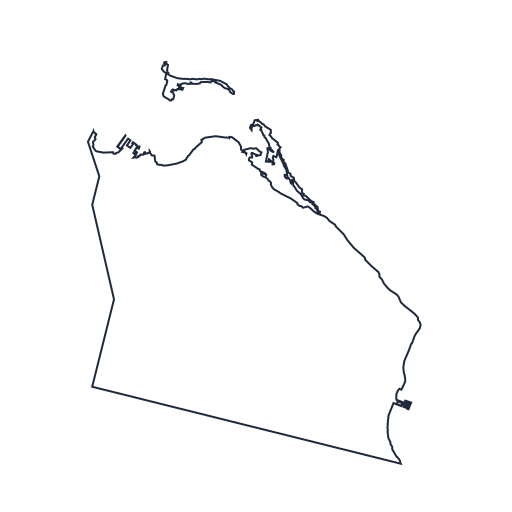 79, Madinat ach Shamal, Qatar (Mercator projection), rotated 14°
{"feature_id": "91078587B50341524344212", "entity_name": "79", "entity_type": "district", "adm_level": 2, "iso_a3": "QAT", "parent_name": "Qatar", "parent_adm1": "Madinat ach Shamal", "projection": "mercator", "projection_center": [51.268, 26.112], "detail": "fine", "context": "isolated", "style": "outline", "palette": "slate", "viewbox_px": 512, "rotation_deg": 14, "n_neighbors": 0, "source": "geoboundaries", "source_scale": "gbopen_adm2", "svg_char_len": 6091}
<svg xmlns="http://www.w3.org/2000/svg" viewBox="0 0 512 512"><g transform="rotate(14 256 256)"><path d="M446.7,422.5L445.8,421.3L445.4,420.1L443.9,418.5L441.3,416.7L441.0,416.8L435.0,410.7L434.4,408.3L432.0,405.9L431.4,404.1L428.4,400.5L426.1,394.4L426.1,393.2L424.9,390.2L424.9,388.4L424.3,387.2L424.3,385.4L423.7,383.6L423.7,381.2L423.1,379.4L425.0,365.4L433.1,366.5L433.2,365.9L432.8,365.8L432.6,366.1L428.1,365.5L428.7,363.2L429.2,362.8L433.4,363.4L433.5,364.1L435.2,364.4L435.4,366.6L437.2,366.8L437.1,364.8L438.2,364.9L438.1,366.9L439.4,367.0L439.3,364.5L440.6,364.7L439.9,367.7L441.0,367.8L441.7,362.1L442.0,361.7L442.0,360.7L435.8,360.2L435.7,360.5L440.9,361.4L440.7,363.2L426.9,361.5L425.6,356.0L426.2,352.4L427.2,350.2L429.4,350.5L431.1,342.3L430.7,339.6L429.0,335.6L427.7,333.5L425.9,328.6L425.3,321.9L427.2,310.5L427.8,303.8L428.5,302.9L429.2,295.7L429.9,292.9L432.5,286.3L432.3,282.7L430.8,280.6L428.5,278.7L428.2,276.9L427.8,276.4L423.7,273.6L412.3,268.5L407.8,265.9L404.0,260.9L401.6,259.2L394.6,256.9L391.4,255.1L387.0,251.9L383.7,248.2L380.7,246.2L380.4,244.3L378.7,242.0L370.6,237.9L362.8,233.2L362.5,232.0L361.4,230.9L348.9,224.4L340.7,218.4L335.8,213.7L326.4,208.1L325.3,206.6L318.7,204.2L315.6,201.8L312.1,200.7L305.5,200.2L301.9,199.0L296.7,196.2L294.1,195.4L289.9,197.8L288.0,196.7L286.2,196.9L283.7,195.8L283.3,194.6L276.0,191.8L264.8,189.3L262.7,188.4L256.9,186.8L256.4,186.1L254.9,185.3L253.0,183.0L253.0,181.5L251.1,180.0L249.9,179.7L248.7,178.5L246.3,177.3L244.5,177.3L241.6,176.3L241.0,174.6L244.3,174.2L246.3,175.2L246.3,174.6L244.3,173.4L239.4,172.6L238.4,171.0L237.1,171.0L229.9,168.4L229.6,166.1L226.0,164.9L225.7,163.7L226.0,161.9L228.4,161.3L228.1,160.1L226.9,158.3L226.9,157.1L227.8,156.8L229.0,157.4L232.6,157.7L232.0,158.3L232.0,158.9L232.6,158.9L233.2,158.0L235.9,157.1L236.2,154.1L234.4,153.8L230.2,151.4L227.2,152.6L224.8,152.6L218.8,155.9L218.6,157.3L221.9,158.6L221.9,159.5L221.0,158.4L217.6,158.3L218.2,157.1L215.8,156.4L214.9,153.4L211.6,149.8L203.9,146.5L201.5,146.8L201.5,148.0L200.9,147.7L197.4,148.5L187.9,149.5L178.0,153.5L176.1,155.3L176.2,155.7L174.9,156.5L175.9,158.6L171.2,165.4L170.6,167.0L169.5,167.7L166.9,174.1L165.6,175.7L165.6,176.8L164.9,177.8L164.9,179.2L162.4,181.7L156.7,185.5L148.6,189.3L144.4,190.7L142.7,190.4L140.4,190.9L137.8,190.9L136.9,189.1L135.8,188.9L135.1,188.1L133.3,183.2L130.5,183.6L128.0,181.3L128.0,180.6L127.4,180.0L127.7,181.3L125.9,182.7L125.5,182.6L124.4,183.4L123.2,182.1L122.6,182.3L122.2,183.7L122.7,184.4L122.3,184.9L119.2,185.6L119.2,186.7L117.4,187.8L117.7,188.5L116.3,189.5L115.4,189.3L113.3,190.2L114.9,187.1L115.4,184.3L115.0,184.1L114.1,186.6L112.1,185.8L112.9,183.5L114.2,183.9L114.3,183.6L112.8,182.9L114.1,179.4L116.3,180.3L116.4,179.9L115.9,179.7L116.5,178.2L116.0,178.0L115.8,178.7L112.9,177.6L113.1,177.0L111.4,176.3L111.2,176.9L111.2,176.3L109.1,175.4L108.7,176.5L109.7,177.0L107.9,181.5L104.0,179.9L106.2,174.2L103.5,173.1L99.5,183.1L100.4,183.8L99.6,185.1L95.3,183.4L100.3,170.8L100.1,170.6L94.9,183.4L99.4,185.5L97.4,188.7L95.4,189.9L95.2,190.7L93.5,191.2L92.8,191.1L92.2,189.9L82.9,192.6L76.1,193.0L74.7,192.6L71.1,189.3L71.4,188.3L71.3,187.1L70.5,185.7L70.3,184.6L72.0,181.7L71.9,181.2L70.9,180.1L70.9,179.0L71.5,177.8L71.2,177.0L71.5,176.4L68.9,175.2L68.3,174.4L68.4,175.2L67.7,175.4L65.3,185.8L84.7,216.6L84.7,245.9L128.7,332.4L128.7,422.5L446.7,422.5ZM224.9,123.4L221.9,124.6L221.3,130.0L220.1,129.7L219.5,130.0L219.1,133.0L221.2,134.8L220.6,131.2L223.0,130.3L224.2,129.1L226.0,128.8L226.0,128.2L230.2,130.0L229.6,132.4L230.8,132.4L231.1,133.6L232.9,135.4L233.8,136.9L235.0,137.2L235.3,138.4L236.8,139.3L241.3,143.9L242.8,147.2L244.0,147.5L244.5,149.0L245.7,149.3L248.4,151.2L244.5,150.2L242.2,148.4L241.0,148.7L242.4,152.3L242.7,161.9L246.9,161.3L246.9,160.7L245.1,160.7L245.1,158.9L249.0,160.7L249.9,163.1L251.4,162.5L251.1,161.3L249.9,161.3L249.6,158.3L248.4,156.5L248.7,154.7L251.7,155.3L252.0,154.1L251.7,148.1L252.3,148.1L254.4,152.9L260.4,160.1L261.0,161.4L264.6,165.0L266.6,169.8L264.2,170.4L264.5,171.6L266.0,173.1L267.2,173.4L267.2,171.6L269.0,172.5L271.1,174.6L271.7,176.4L272.6,177.0L272.6,173.4L273.2,173.4L275.3,178.8L276.8,179.7L279.8,182.7L284.6,185.2L288.1,188.8L289.3,189.4L293.5,189.4L295.3,190.6L298.3,190.9L298.3,192.1L299.5,192.4L301.6,193.9L301.9,195.1L303.1,195.4L305.5,198.4L306.7,199.0L307.5,198.7L307.3,197.5L305.5,197.5L303.7,193.3L302.5,193.0L298.9,190.9L298.9,189.7L296.5,189.4L289.9,185.8L287.5,185.5L287.5,184.3L286.3,184.0L285.2,183.1L284.6,180.1L281.6,179.1L276.8,174.9L275.0,174.0L273.8,171.0L270.2,169.8L269.6,168.0L266.6,166.8L266.3,165.6L261.9,158.9L260.1,158.3L259.5,155.9L258.3,155.6L256.5,154.1L256.2,152.3L253.8,149.9L253.2,147.5L252.6,146.9L253.5,144.5L252.3,144.2L251.1,143.0L249.9,142.7L249.9,140.9L242.8,137.6L241.6,136.3L239.8,135.4L240.1,133.6L240.7,133.0L239.8,130.0L233.2,127.9L232.0,126.7L229.6,126.1L229.0,125.5L226.0,124.3L224.9,124.6L224.9,123.4ZM129.2,101.8L126.8,100.9L126.8,99.7L125.6,99.7L125.3,97.9L124.7,97.3L124.4,91.9L122.6,91.3L122.0,89.5L120.2,90.1L120.2,91.3L121.1,91.9L121.4,93.1L119.6,93.7L119.3,97.3L122.0,99.4L124.7,100.3L125.0,106.4L126.8,106.7L127.6,107.6L127.6,111.8L127.0,112.4L126.4,121.4L127.9,123.5L133.9,125.3L134.5,125.9L136.3,125.6L136.3,124.4L137.8,123.8L137.8,120.2L135.7,117.2L133.9,117.2L134.2,115.4L135.1,114.5L135.7,114.5L136.3,115.1L136.9,115.1L137.5,114.5L138.7,114.5L139.3,113.0L140.5,113.0L140.5,110.6L141.5,110.8L141.7,112.4L144.1,112.7L144.4,112.4L144.7,110.6L142.3,110.9L141.7,109.4L141.1,109.7L138.7,109.4L138.7,108.2L140.5,108.5L143.5,106.1L145.3,105.5L148.9,105.5L149.5,104.9L150.7,104.6L150.7,103.4L151.3,103.4L151.3,104.6L157.9,103.1L158.5,102.5L159.7,102.2L160.3,100.7L166.3,98.9L169.9,98.6L170.5,97.1L174.6,96.2L174.6,97.4L180.6,98.3L183.6,100.1L185.4,100.7L189.0,100.8L191.4,103.2L194.4,104.4L195.3,104.1L195.0,101.7L193.8,101.4L192.6,100.2L190.2,99.5L187.2,97.7L186.0,96.5L178.8,94.7L169.3,95.3L168.1,95.9L162.7,96.5L160.3,97.7L158.5,97.7L156.1,98.9L151.3,99.5L148.9,100.7L147.1,100.7L141.7,101.9L136.9,102.5L129.2,101.8Z" fill="none" stroke="#1e293b" stroke-width="2"/></g></svg>